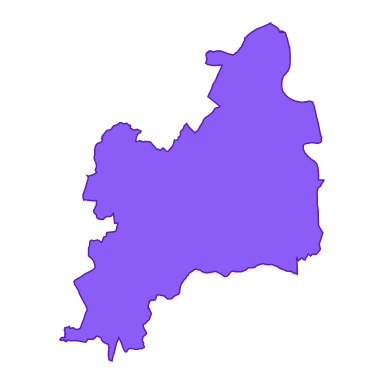 Arroyohondo, Bolívar, Colombia
{"feature_id": "7082276B96996063551718", "entity_name": "Arroyohondo", "entity_type": "district", "adm_level": 2, "iso_a3": "COL", "parent_name": "Colombia", "parent_adm1": "Bolívar", "projection": "natural_earth1", "projection_center": [-75.04, 10.243], "detail": "fine", "context": "isolated", "style": "filled", "palette": "violet", "viewbox_px": 384, "rotation_deg": 0, "n_neighbors": 0, "source": "geoboundaries", "source_scale": "gbopen_adm2", "svg_char_len": 5920}
<svg xmlns="http://www.w3.org/2000/svg" viewBox="0 0 384 384"><path d="M126.3,351.9L127.8,350.1L128.4,348.8L128.9,348.6L133.4,348.7L135.2,349.4L137.8,349.3L139.8,348.3L141.5,348.8L144.2,347.3L144.3,346.6L143.3,344.5L143.6,343.7L143.5,342.8L142.0,340.3L142.5,339.3L142.9,336.9L146.1,334.2L146.5,333.4L146.1,332.0L144.3,329.1L143.3,326.4L143.2,324.7L143.4,324.2L145.0,323.8L147.0,321.5L149.0,319.9L151.1,314.5L151.2,313.1L149.2,309.1L149.3,308.6L148.1,308.2L148.4,307.6L148.1,306.9L148.5,305.7L148.3,305.0L149.3,302.9L149.0,302.3L149.3,301.1L151.1,300.4L155.0,300.0L156.0,298.4L156.4,296.2L157.3,295.0L158.8,294.9L164.7,296.1L165.3,296.9L167.0,298.6L168.1,299.0L169.2,299.0L172.0,298.5L173.9,296.4L176.2,295.1L178.4,294.4L179.6,292.7L180.1,287.7L180.8,285.0L182.4,282.4L184.6,279.3L186.0,277.9L186.8,276.2L188.5,274.8L188.6,273.9L189.1,273.1L192.8,270.9L194.7,269.2L197.1,269.3L198.5,270.0L199.7,269.8L202.1,271.7L204.2,272.5L207.0,272.9L215.7,271.4L220.0,273.4L222.0,274.8L222.4,274.9L224.2,276.4L225.8,276.6L226.8,276.3L229.0,274.5L230.1,272.5L231.5,271.5L234.1,271.1L235.0,271.7L241.2,271.7L245.1,270.4L248.2,267.9L253.0,267.7L255.4,267.0L256.8,265.4L258.3,265.2L259.9,264.4L263.3,263.7L266.1,264.5L269.9,264.7L271.1,264.4L273.3,264.9L274.7,265.7L277.6,266.6L279.1,268.0L282.2,269.4L284.9,270.1L285.8,270.8L287.1,271.2L288.7,271.1L290.4,271.6L291.6,271.4L292.0,271.6L292.6,272.7L296.2,273.7L297.2,274.3L297.3,268.5L296.7,258.3L296.9,257.8L298.4,260.7L301.4,258.1L303.4,259.4L304.9,260.0L308.2,254.0L310.6,256.0L312.6,253.7L314.8,254.5L316.0,254.4L318.0,252.5L320.2,249.5L320.3,248.8L319.2,244.2L322.8,232.9L319.0,226.4L318.5,225.1L318.1,210.0L317.3,204.9L317.3,196.8L317.0,193.3L317.4,190.0L318.3,187.7L320.7,186.0L321.6,183.7L323.7,180.9L323.9,180.2L323.8,179.9L322.1,180.1L318.4,179.8L318.6,176.3L318.3,171.0L317.8,167.6L317.2,165.2L316.5,163.7L314.3,161.2L311.2,159.2L308.2,156.6L305.4,153.6L303.8,150.5L303.2,148.7L303.1,146.9L303.5,145.3L304.5,144.0L306.5,143.5L311.8,142.6L317.5,143.3L319.0,143.0L320.3,142.4L321.4,140.8L321.6,137.1L320.6,135.0L320.0,132.6L318.2,123.2L316.2,115.8L315.5,111.9L313.9,105.6L312.8,102.3L310.6,101.3L309.1,101.2L302.2,102.4L295.3,101.1L291.1,99.3L288.3,97.5L285.7,95.3L282.8,91.4L282.1,88.9L281.6,85.7L282.0,80.3L283.3,76.3L287.9,71.0L289.0,68.6L289.7,66.5L290.0,64.3L290.2,57.1L289.6,46.9L289.1,46.6L287.4,39.2L285.3,32.7L282.6,31.3L282.5,31.7L284.1,32.4L283.1,32.2L282.5,32.5L282.3,32.3L282.5,32.0L282.3,31.9L281.3,32.1L281.2,31.7L281.5,31.5L281.0,30.9L279.7,33.1L280.0,32.3L279.3,31.4L278.7,29.2L276.1,26.9L270.8,23.8L270.7,23.0L265.0,25.9L256.5,29.2L252.3,31.8L247.1,35.9L246.1,37.4L244.9,37.8L244.6,38.5L244.8,40.2L243.3,42.7L243.0,43.5L243.1,44.0L242.1,45.3L241.4,47.2L240.3,47.9L239.2,49.7L238.3,50.4L238.1,51.0L236.6,52.7L235.5,52.8L235.2,53.6L233.6,54.8L232.6,54.9L230.9,54.2L229.5,54.5L227.9,53.6L225.2,52.8L224.0,52.0L223.6,52.1L220.5,50.9L219.1,51.1L218.7,50.9L218.2,51.2L216.7,50.9L215.1,51.6L214.2,51.4L213.9,51.9L212.1,51.8L211.5,51.5L212.6,51.4L210.1,50.9L209.8,51.1L210.4,51.3L209.1,51.3L209.6,51.0L208.8,51.2L208.1,51.8L208.6,51.8L208.2,52.1L208.5,52.2L206.6,53.3L207.1,52.6L206.7,52.8L206.0,54.6L206.6,57.8L206.8,60.0L205.6,63.2L208.0,64.6L214.3,65.6L217.2,65.3L218.8,65.4L220.0,65.0L222.1,65.2L220.7,68.8L217.8,74.8L215.7,80.1L214.9,81.8L213.1,84.0L211.2,89.8L207.9,96.5L219.8,106.2L219.4,106.8L218.2,107.6L215.7,108.1L214.9,108.6L212.5,112.4L209.7,114.8L204.5,118.4L203.6,120.0L202.6,122.4L200.1,126.2L198.9,128.8L197.7,130.4L194.8,132.8L189.8,127.9L187.7,125.3L186.8,123.5L184.4,125.7L183.9,126.5L183.5,128.4L180.8,131.3L180.3,132.7L180.5,135.0L179.8,136.4L178.5,137.0L177.8,140.0L174.4,140.0L173.4,144.3L172.4,146.4L168.0,151.3L166.7,151.5L163.0,148.0L160.2,150.3L158.0,149.1L156.8,149.3L150.3,141.9L145.6,141.4L142.7,141.8L140.0,140.7L137.8,141.5L135.6,141.2L136.4,137.2L137.4,134.6L138.2,133.7L140.4,132.5L141.0,131.1L136.9,129.3L135.2,130.1L133.3,129.9L131.6,128.7L130.2,128.2L130.1,127.4L130.7,125.9L130.6,125.6L128.9,124.9L126.4,123.2L124.9,123.9L120.0,122.5L117.6,124.5L116.1,125.2L113.6,125.8L110.8,129.7L106.7,130.5L102.0,136.6L102.4,137.4L101.4,138.8L102.3,139.7L102.5,140.7L100.9,142.3L97.8,143.2L96.4,144.6L95.5,146.2L94.7,149.8L94.8,154.9L94.3,156.6L94.2,158.4L96.3,164.1L96.4,166.3L96.2,167.9L95.3,169.7L95.3,170.4L96.7,172.4L93.7,174.4L92.1,175.0L88.8,176.1L87.2,175.7L88.2,177.1L88.2,178.3L85.5,187.8L83.1,194.3L83.0,196.9L83.6,200.0L84.5,199.7L91.9,200.7L96.5,200.7L96.4,205.0L93.9,210.0L93.7,211.6L93.9,212.4L94.5,213.2L96.3,214.7L96.7,217.3L98.0,218.7L99.5,219.2L103.2,219.5L105.0,217.5L106.0,216.9L107.8,216.5L109.5,216.6L111.0,216.2L113.4,213.5L113.4,214.7L114.2,218.0L114.5,223.1L115.1,223.4L117.9,223.0L117.7,224.3L117.0,226.6L116.2,230.2L115.8,231.0L113.9,231.8L107.0,232.4L106.6,233.1L106.3,236.3L103.7,237.1L101.9,242.2L101.6,242.5L99.2,240.6L97.6,240.0L93.7,240.8L91.2,240.2L90.3,240.9L89.9,241.8L89.6,245.8L88.6,247.9L88.5,255.9L92.0,258.8L93.5,260.9L94.9,265.0L95.1,266.7L94.7,268.1L93.1,269.9L84.9,274.0L80.7,277.0L75.9,279.6L74.1,281.2L74.1,282.4L74.9,284.7L78.6,290.7L79.3,293.4L84.2,302.8L85.6,304.9L87.4,309.5L85.4,313.8L83.9,318.8L81.6,324.5L80.6,327.6L79.9,328.5L78.0,329.3L75.6,329.3L74.6,328.9L73.4,327.6L70.0,328.5L69.5,326.4L67.5,327.3L65.0,327.7L65.2,328.5L64.3,329.3L64.2,329.8L64.9,331.0L65.0,332.8L65.4,334.0L64.8,334.2L65.1,335.9L64.7,336.6L65.3,337.3L64.7,337.6L61.8,337.5L60.5,338.5L60.1,339.8L60.4,340.3L64.9,340.2L64.8,341.0L66.1,341.0L66.1,341.6L66.7,341.6L66.9,340.2L72.0,340.8L73.3,340.6L78.2,340.8L85.2,342.2L86.2,341.8L87.5,339.5L88.3,339.1L92.9,339.4L94.8,338.2L95.7,336.7L96.8,336.2L99.3,336.8L100.6,337.4L101.2,338.4L101.5,339.8L102.8,341.6L105.7,343.4L108.0,344.2L108.6,345.0L108.9,348.2L108.4,352.3L108.5,356.7L109.2,359.9L112.0,361.0L113.1,355.6L113.9,353.8L116.6,342.7L117.7,340.8L118.8,337.6L120.4,340.6L123.7,349.2L125.2,351.8L126.3,351.9Z" fill="#8b5cf6" stroke="#5b21b6" stroke-width="1.5"/></svg>